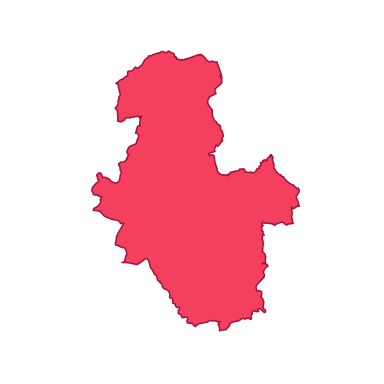 Susticacán, Zacatecas, Mexico (Robinson projection), rotated 242°
{"feature_id": "50627088B6300678420258", "entity_name": "Susticacán", "entity_type": "district", "adm_level": 2, "iso_a3": "MEX", "parent_name": "Mexico", "parent_adm1": "Zacatecas", "projection": "robinson", "projection_center": [-103.193, 22.63], "detail": "fine", "context": "isolated", "style": "filled", "palette": "rose", "viewbox_px": 384, "rotation_deg": 242, "n_neighbors": 0, "source": "geoboundaries", "source_scale": "gbopen_adm2", "svg_char_len": 6059}
<svg xmlns="http://www.w3.org/2000/svg" viewBox="0 0 384 384"><g transform="rotate(242 192 192)"><path d="M56.2,178.4L55.0,178.9L55.1,179.9L53.8,183.0L51.9,184.1L51.9,184.6L52.6,185.2L55.3,186.1L55.9,187.8L57.9,188.9L58.3,189.7L58.2,190.5L55.7,193.3L55.3,194.7L57.2,194.5L57.7,195.3L57.6,195.9L57.2,196.7L56.0,197.7L52.1,199.0L51.5,199.8L51.7,200.6L53.0,201.4L54.7,200.9L55.0,200.4L57.0,200.6L61.1,203.8L65.0,204.3L66.7,203.6L69.8,206.1L71.1,206.5L72.0,206.4L73.7,204.4L74.2,202.8L77.6,203.6L79.2,205.1L79.9,206.6L82.7,215.0L84.2,216.8L85.9,217.3L87.6,217.2L88.4,218.1L89.6,219.5L90.9,222.2L90.7,223.4L91.1,224.3L92.8,224.3L94.2,223.2L95.5,221.0L95.6,224.0L99.4,225.8L100.2,226.8L103.2,227.3L106.1,226.3L111.3,229.4L112.0,229.9L112.2,230.5L114.3,231.0L114.9,231.6L117.7,231.9L118.2,232.6L120.3,233.3L120.0,234.7L120.1,235.5L122.4,235.3L123.7,236.1L124.3,235.4L124.8,235.8L127.2,236.4L128.4,237.2L129.2,239.1L129.9,238.3L131.1,238.6L131.4,239.9L131.7,240.1L131.6,240.6L130.4,241.6L129.5,243.4L127.4,246.2L126.6,247.8L126.1,247.8L125.0,248.9L123.7,249.3L124.1,251.4L123.5,256.8L122.1,258.4L120.6,258.7L118.6,259.9L118.3,260.6L118.6,261.6L117.3,264.8L117.0,266.9L118.5,266.7L120.1,267.5L123.1,268.1L125.8,270.3L130.8,272.2L131.7,272.8L130.2,273.2L129.5,273.8L130.1,279.1L129.3,279.4L129.1,280.0L134.4,281.2L138.7,281.6L139.4,282.1L141.4,286.1L142.4,287.1L144.5,287.7L145.2,287.7L146.3,286.3L149.0,285.0L150.5,285.1L150.9,283.9L155.5,281.5L159.4,280.1L162.5,279.9L163.4,278.7L165.6,278.4L166.0,277.7L167.3,276.8L171.5,275.7L172.7,276.0L174.6,275.4L178.0,277.4L182.3,278.0L183.3,278.6L184.0,279.6L184.8,279.7L187.5,279.6L187.7,279.3L187.8,278.1L186.2,278.2L186.1,277.7L186.7,276.9L186.5,274.5L185.2,272.7L184.6,272.7L184.5,272.3L186.3,271.4L186.4,270.8L186.4,269.2L185.4,269.2L185.2,268.7L185.8,266.3L183.3,265.4L182.9,264.4L183.2,263.4L181.6,262.5L181.8,259.8L180.6,258.6L179.9,255.6L180.6,254.0L181.2,253.7L181.8,253.9L182.8,250.8L184.5,249.1L186.0,248.4L187.2,249.1L188.3,248.3L189.0,246.4L189.8,245.0L189.3,244.1L189.3,242.6L190.9,237.0L190.9,235.3L191.4,235.1L190.0,233.3L190.7,232.3L189.4,231.8L190.5,231.1L193.0,226.6L195.1,225.0L199.3,224.0L200.4,225.0L207.5,226.2L213.3,228.5L214.0,228.3L215.3,227.3L215.9,226.3L215.7,224.9L216.1,224.6L217.9,224.8L217.9,227.3L217.0,231.2L217.5,231.1L219.7,232.5L222.0,235.3L220.4,236.1L220.7,237.9L222.1,240.6L222.6,242.6L223.7,243.5L224.0,243.2L225.4,243.5L226.3,245.5L227.0,246.0L231.4,247.3L232.4,246.7L234.4,246.8L235.0,247.4L237.2,248.0L238.1,247.8L240.2,246.5L242.7,246.4L243.6,245.5L249.2,245.7L254.9,248.3L262.0,247.4L265.1,248.5L267.7,252.1L267.7,259.3L270.8,259.6L272.4,261.5L273.6,267.5L274.4,269.2L275.3,270.1L277.1,271.0L277.9,270.9L279.1,272.3L279.6,271.6L281.3,271.4L281.1,272.8L295.1,275.1L296.3,272.6L297.4,272.2L297.8,271.2L298.3,271.0L298.5,268.6L298.9,268.2L300.8,267.4L301.5,266.7L303.0,266.8L308.2,265.2L309.0,264.0L309.4,264.1L309.3,262.9L309.8,262.9L310.3,261.6L311.4,253.6L312.0,250.0L312.6,248.7L312.4,246.9L313.3,245.4L313.8,245.3L313.5,244.1L315.2,242.9L316.6,240.9L317.7,241.4L319.4,241.1L319.8,240.3L321.3,240.8L323.0,240.7L324.7,239.2L327.3,237.6L327.5,237.2L327.0,235.2L327.4,233.8L329.9,232.1L330.3,230.2L330.1,228.2L330.7,227.1L331.5,222.0L331.5,219.6L332.5,218.1L332.0,216.8L331.6,216.6L331.0,212.7L328.6,208.7L327.6,207.7L327.6,206.4L327.2,204.3L326.3,203.0L327.3,201.5L328.3,201.1L328.9,200.3L327.3,197.1L327.5,194.8L328.5,192.7L328.5,192.0L328.2,191.5L325.7,190.3L324.8,189.2L325.0,187.2L324.3,185.1L324.6,180.9L323.8,178.8L323.8,176.1L323.4,176.0L322.0,177.1L311.3,174.3L310.3,172.0L308.3,171.1L307.5,169.7L304.7,168.4L302.8,165.8L302.4,164.0L301.8,163.5L299.1,164.3L290.9,160.8L289.9,159.8L289.3,159.8L287.8,161.4L287.1,163.4L287.4,165.0L287.2,166.2L288.4,167.7L288.3,168.8L286.9,172.1L286.5,172.0L286.4,173.3L285.6,175.4L285.4,176.9L282.5,183.0L281.8,182.4L282.2,180.5L279.4,180.1L278.8,179.0L276.9,177.8L274.9,177.3L275.7,175.6L275.1,174.2L270.4,169.9L270.1,170.9L269.0,171.3L267.0,171.5L266.0,171.0L263.4,167.7L261.2,165.7L260.9,163.5L261.5,160.1L261.2,157.3L259.9,155.3L257.8,153.2L255.8,153.0L255.0,153.9L251.8,149.6L251.6,150.2L251.4,150.0L251.4,148.7L251.2,149.4L250.5,146.2L251.2,143.9L251.9,143.2L251.4,140.7L250.2,140.0L248.0,140.2L244.9,138.8L242.7,139.0L242.1,138.6L240.6,136.6L236.4,133.5L235.2,130.3L235.9,128.5L239.1,125.6L241.9,125.1L244.1,123.7L244.4,122.9L245.6,122.7L246.6,120.2L250.6,120.3L252.2,119.8L252.5,118.1L251.6,115.8L247.4,114.9L246.2,115.1L245.2,114.4L244.7,111.4L242.8,106.3L240.8,104.6L239.4,104.1L237.5,104.3L236.1,103.8L234.3,105.7L234.4,106.1L234.0,106.7L230.7,108.8L230.4,109.9L229.3,109.4L228.1,107.1L227.0,107.4L226.1,107.0L225.1,105.7L224.9,104.7L223.7,102.8L223.7,100.9L223.3,99.8L223.7,98.9L223.6,98.4L223.0,97.1L222.1,96.3L219.1,100.6L217.1,102.1L212.6,103.0L211.3,103.7L205.3,108.6L201.8,113.1L200.2,114.1L198.7,114.2L197.7,113.9L196.4,117.1L190.2,107.2L187.8,104.2L184.3,101.9L183.1,100.5L181.2,99.6L179.9,101.3L177.5,102.8L173.7,106.5L169.5,106.1L167.0,104.7L166.6,103.4L162.6,100.1L162.3,97.8L159.5,102.5L153.7,109.4L153.9,113.0L154.9,119.8L154.8,120.4L153.1,121.6L147.7,120.7L146.0,120.1L143.5,120.0L142.1,120.5L137.5,120.2L136.0,120.6L135.0,121.6L131.0,120.3L129.8,120.4L128.0,121.9L127.7,121.1L126.3,121.5L125.3,122.3L123.7,122.1L122.2,121.3L119.9,121.8L117.3,124.1L114.4,124.8L112.3,124.5L109.6,122.8L108.8,122.9L107.5,124.4L106.6,124.5L105.0,124.1L103.0,122.8L100.8,124.6L99.1,123.9L97.2,124.5L96.8,124.8L96.7,126.1L96.0,126.7L94.7,126.2L93.8,124.3L91.6,122.9L90.6,123.2L88.8,124.7L85.8,124.2L85.1,125.0L85.0,126.4L84.3,127.5L84.1,128.6L83.2,128.8L82.3,128.9L81.6,128.4L80.5,126.9L78.6,126.5L78.1,127.4L77.3,127.7L77.1,128.5L76.3,129.2L76.3,130.2L75.8,130.6L75.2,131.0L73.6,130.7L71.5,132.0L72.1,133.0L72.4,136.8L70.0,144.0L70.1,147.5L68.7,149.3L67.3,152.2L66.1,152.9L64.4,155.6L63.8,154.0L62.7,152.8L61.2,153.1L60.2,152.6L59.3,152.7L56.6,151.2L56.4,152.9L55.4,155.0L55.3,156.2L54.7,156.6L54.5,157.4L56.2,162.0L58.2,164.1L57.8,168.0L56.4,172.7L56.6,177.2L56.2,178.4Z" fill="#f43f5e" stroke="#9f1239" stroke-width="1.5"/></g></svg>